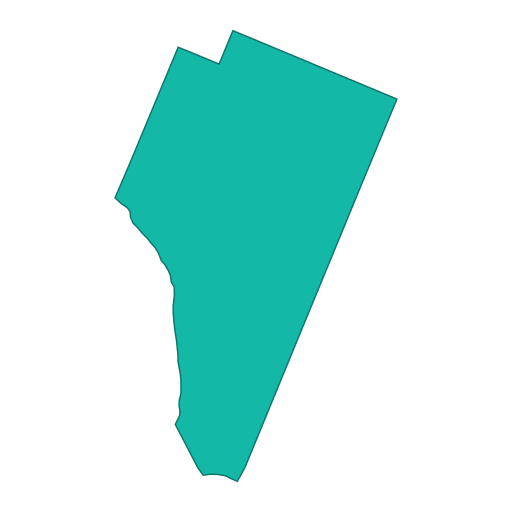 the district of Vicentina, Mato Grosso do Sul, Brazil
{"feature_id": "56859067B52074491816851", "entity_name": "Vicentina", "entity_type": "district", "adm_level": 2, "iso_a3": "BRA", "parent_name": "Brazil", "parent_adm1": "Mato Grosso do Sul", "projection": "mercator", "projection_center": [-54.461, -22.488], "detail": "fine", "context": "isolated", "style": "filled", "palette": "teal", "viewbox_px": 512, "rotation_deg": 0, "n_neighbors": 0, "source": "geoboundaries", "source_scale": "gbopen_adm2", "svg_char_len": 799}
<svg xmlns="http://www.w3.org/2000/svg" viewBox="0 0 512 512"><path d="M203.2,475.2L210.3,474.2L217.4,474.4L225.3,475.7L230.9,478.5L237.3,481.3L244.9,467.6L294.3,347.4L308.1,313.9L335.4,247.8L362.5,182.0L396.9,99.1L260.4,42.1L232.9,30.7L219.1,64.1L178.2,47.2L130.2,162.5L115.1,197.8L121.6,203.9L127.1,207.5L130.1,211.6L130.5,217.0L133.1,223.2L137.7,227.8L142.4,233.4L147.6,238.6L150.9,242.9L155.2,247.8L158.7,253.5L161.3,260.7L164.9,264.6L168.5,270.8L170.4,275.6L171.3,282.0L174.2,287.0L174.4,294.9L173.2,306.2L173.2,312.4L173.9,321.8L175.1,331.7L176.6,341.2L177.4,349.4L178.0,354.5L178.0,361.2L179.1,367.6L180.1,372.5L180.9,379.8L181.0,387.0L180.9,393.7L179.2,400.8L179.1,405.9L179.9,410.6L179.7,415.5L175.3,424.4L197.9,467.9L203.2,475.2Z" fill="#14b8a6" stroke="#0f766e" stroke-width="1.5"/></svg>